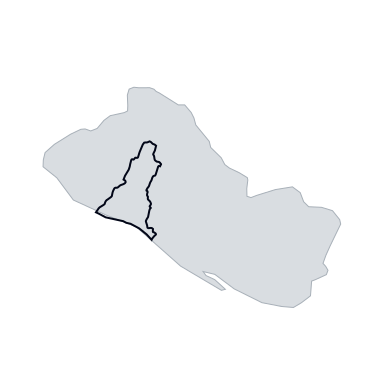 where La Libertad sits in El Salvador, rotated 13°
{"feature_id": "SLV-1346", "entity_name": "La Libertad", "entity_type": "Department", "adm_level": 1, "iso_a3": "SLV", "parent_name": "El Salvador", "parent_adm1": "", "projection": "robinson", "projection_center": [-89.306, 13.743], "detail": "fine", "context": "in_parent", "style": "outline", "palette": "ink", "viewbox_px": 384, "rotation_deg": 13, "n_neighbors": 0, "source": "natural_earth", "source_scale": "10m", "svg_char_len": 3537}
<svg xmlns="http://www.w3.org/2000/svg" viewBox="0 0 384 384"><g transform="rotate(13 192 192)"><path d="M134.5,102.1L137.7,102.8L159.0,110.2L165.3,108.8L173.3,114.7L177.2,119.4L180.6,125.8L197.4,138.8L200.2,144.4L212.8,152.1L217.8,157.9L223.2,160.3L233.7,162.6L242.7,165.6L243.7,167.8L244.6,176.4L246.5,183.8L250.7,184.2L255.9,180.7L272.7,170.9L288.7,164.4L297.6,168.3L303.0,176.4L309.0,180.1L321.6,177.8L333.1,178.6L342.1,185.7L344.1,189.8L338.7,213.5L336.7,223.6L335.7,232.1L339.0,234.4L342.1,237.7L341.5,242.3L331.6,249.9L328.6,251.9L330.8,266.5L323.5,275.3L316.8,281.7L305.0,283.4L285.0,284.1L254.9,276.9L232.7,267.1L220.7,267.0L224.5,270.3L233.9,272.3L246.4,279.3L242.8,281.2L197.6,266.8L145.3,238.4L114.0,233.9L78.2,226.5L57.1,208.6L41.2,200.9L39.9,194.1L40.0,186.6L47.2,176.5L60.7,163.0L69.6,155.9L73.7,154.6L79.6,155.3L85.3,151.4L90.1,142.0L95.2,136.0L108.1,129.9L111.0,127.5L110.0,122.3L107.2,112.1L107.6,105.9L111.8,103.0L116.9,102.4L127.3,99.9L131.8,100.4L134.5,102.1Z" fill="#d9dde1" stroke="#a8b0b8" stroke-width="1"/><path d="M163.4,247.7L157.3,243.5L148.6,239.3L139.3,236.8L134.9,236.8L131.6,235.9L113.5,236.1L105.8,234.0L103.0,233.4L103.4,232.4L104.7,229.0L105.4,227.8L108.6,224.6L109.2,223.9L109.6,223.3L109.7,221.6L110.0,220.4L110.3,219.7L110.6,219.2L110.8,218.9L111.1,218.7L113.8,215.6L114.5,214.7L114.8,214.0L114.8,213.5L114.7,210.3L114.9,208.6L115.3,206.9L115.5,206.1L115.8,205.6L116.1,205.3L116.6,205.0L116.9,204.9L117.8,204.8L118.3,204.5L118.8,204.1L120.3,202.0L121.0,201.3L122.9,200.1L123.7,199.5L124.6,198.6L124.9,198.0L125.1,197.5L125.0,197.0L124.9,196.7L124.7,196.4L124.5,196.2L124.3,195.9L124.0,195.8L122.5,195.3L123.1,191.2L125.3,184.5L125.6,181.4L125.5,178.7L125.6,174.8L125.8,174.0L126.0,173.8L126.2,173.6L126.6,173.5L126.9,173.5L127.2,173.6L127.6,173.6L128.0,173.3L129.0,171.4L129.3,171.3L129.6,171.2L130.0,171.2L130.5,171.2L131.2,170.9L131.5,170.5L131.6,170.1L131.8,167.3L131.8,166.8L132.0,164.7L133.4,156.7L133.9,155.7L134.3,154.7L135.4,154.2L136.9,153.9L138.0,153.2L139.3,152.2L140.6,152.5L142.9,153.9L145.0,154.2L145.4,154.4L146.6,155.0L146.5,159.9L145.8,163.0L145.7,163.8L145.8,164.3L146.6,165.0L146.9,165.5L147.3,166.3L147.9,167.9L148.3,168.7L148.6,169.2L149.2,169.6L149.8,169.9L150.8,170.3L151.2,170.3L152.4,170.2L152.8,170.2L153.1,170.2L153.5,170.3L153.8,170.5L154.3,170.7L154.7,171.2L155.4,171.6L155.6,171.9L155.6,172.1L155.3,173.1L155.1,173.9L155.1,174.1L154.0,174.1L153.7,174.2L153.5,174.5L153.3,175.0L152.7,183.1L152.5,183.9L152.4,184.2L152.1,184.4L151.5,184.7L151.2,184.9L150.9,185.1L150.5,185.6L150.3,186.3L150.1,187.0L149.9,189.6L149.6,190.7L149.2,191.8L149.0,193.1L148.8,195.4L148.7,196.0L148.6,196.4L147.7,198.3L147.2,200.1L147.2,200.6L147.5,201.0L147.8,201.0L148.2,201.1L148.8,202.0L148.7,203.5L148.8,204.8L148.9,205.2L149.1,205.5L149.3,205.8L149.8,206.2L150.1,206.5L150.2,207.0L150.4,208.2L150.6,208.8L150.9,209.2L151.2,209.4L153.0,210.5L153.7,211.2L154.6,212.5L154.7,213.1L154.7,213.5L154.3,214.4L154.0,215.2L154.0,215.6L154.3,216.0L155.2,216.5L155.4,216.8L155.3,217.1L155.1,217.4L154.9,217.7L154.7,218.5L154.6,219.8L154.8,225.9L154.8,226.3L154.0,228.6L153.7,229.9L153.6,230.5L153.7,231.1L155.8,234.7L156.5,236.5L156.7,236.8L156.9,236.9L157.3,237.0L157.7,237.0L158.4,236.8L159.8,236.3L160.5,236.2L161.0,236.2L161.3,236.3L162.3,236.8L162.7,239.2L163.1,239.8L163.4,239.8L163.9,239.8L164.6,240.0L165.9,240.6L166.3,241.1L166.4,241.5L166.1,242.1L165.5,242.9L165.3,243.2L165.1,243.5L164.1,245.5L163.7,246.3L163.4,247.7L163.4,247.7Z" fill="none" stroke="#020617" stroke-width="2"/></g></svg>